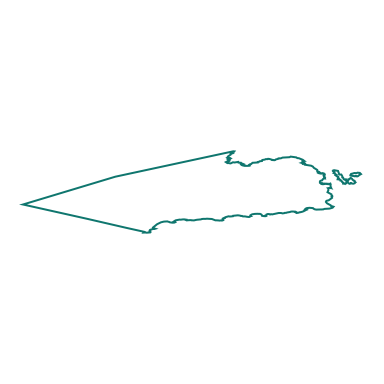 outline of Vardø nor, Finnmark, Norway
{"feature_id": "86288312B8683339582307", "entity_name": "Vardø nor", "entity_type": "district", "adm_level": 2, "iso_a3": "NOR", "parent_name": "Norway", "parent_adm1": "Finnmark", "projection": "equal_earth", "projection_center": [30.933, 70.337], "detail": "fine", "context": "isolated", "style": "outline", "palette": "teal", "viewbox_px": 384, "rotation_deg": 0, "n_neighbors": 0, "source": "geoboundaries", "source_scale": "gbopen_adm2", "svg_char_len": 5971}
<svg xmlns="http://www.w3.org/2000/svg" viewBox="0 0 384 384"><path d="M143.5,232.6L145.4,232.5L146.6,232.7L150.3,232.4L150.5,232.2L150.4,231.5L149.5,231.3L149.7,230.8L149.6,230.5L149.9,230.0L150.3,229.8L152.9,229.0L154.3,229.0L155.3,228.7L155.0,228.6L153.3,228.5L153.0,228.2L153.0,227.9L152.9,227.6L157.1,224.2L161.0,222.3L163.9,221.6L167.4,221.4L168.1,221.7L169.1,221.9L169.8,222.3L172.4,222.7L174.3,222.6L175.0,222.3L174.9,222.1L175.2,222.0L174.7,221.5L174.1,221.3L175.5,220.4L176.8,220.1L179.6,219.6L180.7,219.7L183.0,219.4L184.4,219.4L185.8,219.6L185.5,219.9L186.7,220.4L188.5,220.2L191.0,220.1L191.5,220.3L194.0,220.4L196.1,219.9L197.5,219.7L200.9,219.4L201.5,219.1L202.9,218.9L205.4,218.9L206.8,218.7L211.9,219.0L215.3,220.3L218.2,220.4L219.4,220.6L221.1,220.4L221.9,220.6L223.1,220.2L222.8,219.7L222.6,219.2L224.2,218.4L223.7,218.1L225.7,217.1L228.6,216.3L229.6,216.5L231.5,216.4L233.0,216.2L233.1,215.8L237.9,215.3L240.0,215.6L241.0,216.0L241.9,215.9L242.9,216.4L245.0,216.4L247.1,216.8L249.1,217.0L250.0,216.6L250.1,216.2L250.7,216.1L250.3,215.8L250.3,215.4L251.2,214.8L252.2,214.3L254.8,213.9L257.3,213.8L260.1,213.9L261.0,214.3L261.7,214.8L262.0,215.8L262.4,215.9L264.4,216.2L265.2,216.0L265.7,216.2L266.4,215.9L266.3,215.5L265.9,215.3L266.4,215.1L266.5,214.5L267.9,214.0L269.9,214.2L270.1,214.5L271.4,214.2L272.2,214.4L278.7,213.0L281.1,213.0L282.2,213.3L282.7,213.4L284.4,213.1L284.6,212.9L286.3,212.8L287.0,212.5L290.0,212.0L291.0,211.6L292.7,211.5L295.6,211.7L296.1,212.0L295.8,212.1L295.6,212.3L296.5,212.6L296.3,212.9L296.4,213.0L298.1,212.8L300.1,212.1L299.5,212.4L302.1,211.8L304.3,211.0L303.4,211.0L304.9,210.6L305.7,210.1L306.2,209.9L305.8,209.7L304.7,209.7L304.9,209.4L305.4,208.9L306.8,208.6L306.5,208.3L306.5,208.2L307.5,208.0L309.6,207.8L312.8,208.1L313.3,208.3L313.5,208.7L314.7,209.3L316.3,209.6L323.1,209.4L324.5,208.9L329.5,208.6L332.6,207.7L333.5,206.7L330.9,205.9L330.7,205.3L327.0,203.3L325.9,201.9L326.2,201.1L326.8,200.7L328.7,200.3L332.0,197.9L331.6,196.8L332.3,196.5L332.2,195.7L331.5,195.2L331.4,194.3L327.5,192.2L328.4,190.1L328.3,188.5L328.0,188.2L329.5,187.9L330.0,187.9L329.9,188.0L330.3,188.1L330.8,187.9L331.1,188.0L330.8,187.5L330.5,185.5L330.7,184.5L330.4,183.7L330.1,183.9L329.4,183.8L329.4,184.1L328.5,184.2L326.9,184.0L326.9,183.7L324.2,183.6L324.7,184.0L323.4,184.2L322.3,184.2L321.9,184.1L322.3,183.6L322.5,183.6L323.0,183.1L322.8,183.2L321.7,183.1L322.0,183.0L320.6,183.2L320.1,183.0L319.9,182.8L319.9,181.6L320.2,181.0L320.9,180.7L322.2,180.3L322.7,179.4L323.7,178.5L325.0,178.5L324.8,177.8L324.6,177.8L324.7,177.5L324.9,177.3L324.7,177.1L324.0,176.9L323.6,175.5L324.1,175.2L324.6,175.2L324.7,174.8L324.1,174.8L324.2,174.6L323.5,173.6L323.2,173.6L323.5,173.4L322.7,173.1L322.1,173.2L322.2,173.5L321.9,173.5L321.5,173.4L320.8,173.4L320.9,173.2L320.3,172.9L319.8,173.1L319.5,173.3L318.5,173.1L318.0,172.8L318.4,172.3L318.1,172.1L318.6,171.7L317.2,171.1L317.2,169.9L313.8,167.8L312.9,166.6L311.1,165.7L304.8,164.7L304.8,164.3L306.1,163.8L303.0,163.9L303.1,163.4L301.6,162.9L303.4,162.3L302.4,161.6L302.4,161.0L304.2,160.9L302.8,159.8L298.8,158.2L297.3,158.1L296.3,157.4L290.6,156.6L289.6,157.2L282.5,157.6L280.9,158.3L279.7,158.3L278.6,158.4L278.6,158.7L275.7,159.5L275.2,160.0L274.5,160.2L273.2,160.1L273.3,160.0L272.5,159.9L269.6,159.0L268.0,158.8L267.7,159.0L268.1,159.0L267.8,159.1L265.8,159.1L264.8,159.6L262.3,160.0L262.0,161.0L259.6,161.3L259.0,161.8L257.6,162.0L257.2,162.3L257.3,162.5L252.5,162.8L251.1,164.1L250.2,164.2L249.2,164.8L249.7,165.6L249.2,165.8L245.0,165.9L244.2,165.8L244.1,165.6L242.9,165.5L241.6,165.0L241.2,164.6L241.4,164.5L243.2,164.0L242.3,163.6L240.7,163.6L240.7,163.3L241.2,163.3L241.0,162.8L238.4,162.6L238.2,161.9L234.6,162.5L232.9,162.3L230.9,163.3L230.3,163.4L228.2,163.0L227.4,163.1L225.9,162.1L227.1,161.5L228.7,161.1L228.4,160.8L228.7,160.5L228.5,160.3L229.6,159.9L229.2,159.3L228.9,159.2L229.8,158.9L230.1,158.9L230.5,158.6L229.4,158.3L229.6,158.0L228.6,157.8L227.5,158.0L227.2,157.8L227.7,157.5L227.8,156.6L230.5,154.7L230.2,154.2L229.8,154.3L230.4,154.1L229.7,154.1L230.2,154.0L232.2,153.4L231.2,152.9L232.4,152.7L232.9,152.0L234.0,151.8L234.3,151.4L233.3,151.3L115.3,176.7L23.0,204.5L87.5,218.9L126.1,227.8L144.1,231.8L143.5,232.6ZM334.2,170.2L333.2,170.4L333.0,170.7L333.1,171.4L333.9,171.7L333.5,171.7L333.9,172.2L335.3,172.3L334.3,172.4L334.5,172.6L334.6,173.0L334.3,173.2L334.7,173.3L334.7,173.6L335.2,173.9L335.2,174.0L336.1,174.6L335.6,174.7L335.4,175.0L335.7,175.1L336.2,175.8L336.6,175.8L336.6,176.0L337.5,176.8L338.1,176.9L338.0,177.3L338.4,177.8L338.2,177.8L337.8,178.6L337.6,179.3L338.6,179.4L340.5,179.9L340.8,180.4L339.5,180.5L340.7,180.5L341.0,180.8L341.5,180.9L342.0,181.5L342.0,181.8L342.2,182.1L343.2,182.6L343.1,183.6L344.4,183.7L344.7,183.8L344.7,183.5L345.6,183.4L345.9,183.5L346.1,183.4L346.3,182.4L347.3,181.7L347.6,181.7L347.5,182.1L348.5,183.3L349.7,183.8L349.9,183.6L350.1,183.7L350.7,183.4L350.8,183.0L351.2,183.0L351.7,183.5L353.2,183.7L354.6,183.3L355.1,182.7L355.3,182.5L355.0,182.4L355.0,182.1L355.1,181.9L354.6,180.9L353.8,180.8L353.7,180.7L353.9,180.5L352.6,179.8L352.2,179.0L351.1,178.1L350.6,178.0L349.9,178.5L349.7,179.0L349.4,179.2L347.5,179.3L348.6,179.3L349.0,179.5L348.8,179.5L348.5,179.9L348.3,180.0L348.6,180.1L348.2,180.1L348.1,180.3L347.9,180.7L347.9,181.0L347.6,181.1L347.8,181.1L347.7,181.4L346.7,181.3L346.7,181.2L347.0,181.2L347.0,180.9L346.3,180.9L346.0,180.6L346.5,180.4L346.3,179.9L346.2,179.9L346.3,180.1L345.4,180.1L345.1,179.4L346.8,179.3L345.2,179.3L344.8,179.5L344.4,179.5L343.7,179.2L343.2,177.8L342.3,177.4L342.4,176.4L341.3,174.5L339.3,174.5L338.0,170.9L334.2,170.2ZM360.0,173.1L359.8,172.9L357.4,172.7L356.4,173.2L354.7,173.0L353.3,173.3L352.9,173.5L351.1,173.9L350.3,175.2L350.3,175.4L350.5,175.6L354.0,176.1L354.7,176.3L355.3,175.9L355.9,175.9L356.3,176.0L356.3,176.3L357.2,176.4L358.1,176.1L359.2,175.1L361.0,174.1L360.4,173.5L359.8,173.6L359.0,173.6L360.0,173.1Z" fill="none" stroke="#0f766e" stroke-width="2"/></svg>